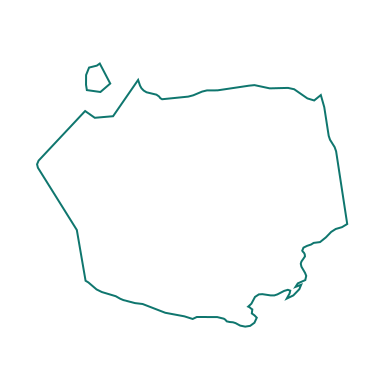 an SVG outline of Isabela, rotated 81°
{"feature_id": "PHL-2550", "entity_name": "Isabela", "entity_type": "Province", "adm_level": 1, "iso_a3": "PHL", "parent_name": "Philippines", "parent_adm1": "", "projection": "orthographic", "projection_center": [122.081, 16.969], "detail": "fine", "context": "isolated", "style": "outline", "palette": "teal", "viewbox_px": 384, "rotation_deg": 81, "n_neighbors": 0, "source": "natural_earth", "source_scale": "10m", "svg_char_len": 1462}
<svg xmlns="http://www.w3.org/2000/svg" viewBox="0 0 384 384"><g transform="rotate(81 192 192)"><path d="M247.9,43.7L250.2,49.4L251.0,55.8L253.2,60.8L257.8,66.9L261.5,73.4L261.3,79.8L262.5,82.6L263.2,86.8L264.4,90.6L267.2,92.3L268.2,91.9L269.4,91.0L271.1,90.4L273.3,90.5L277.8,94.8L279.9,95.8L282.9,95.6L289.6,93.0L292.7,92.3L296.7,93.9L298.8,101.8L301.9,104.6L300.7,98.7L304.8,101.2L310.0,108.1L312.1,115.1L307.5,111.5L304.8,110.4L303.6,112.6L304.1,116.5L306.5,123.7L307.0,126.8L306.4,130.6L303.9,138.5L303.6,142.0L305.5,146.2L311.6,150.8L314.0,154.4L314.8,153.2L316.4,151.9L317.4,150.8L321.3,151.9L323.7,149.5L326.3,147.7L330.9,150.8L333.3,155.5L333.3,160.5L331.5,165.3L328.3,169.5L327.1,171.9L326.3,175.1L325.2,177.9L323.3,179.1L322.1,180.4L319.5,186.6L316.2,206.8L317.5,211.2L313.6,219.0L307.1,237.3L294.9,258.3L292.8,265.7L288.0,276.7L286.2,279.6L283.0,283.6L276.7,296.7L273.3,301.5L265.1,308.5L263.0,311.0L211.5,311.7L143.9,340.4L140.4,340.7L137.0,338.6L95.3,284.9L103.5,276.4L104.8,258.1L72.9,227.7L78.8,226.7L81.6,225.7L84.2,223.9L86.4,221.3L90.3,211.9L92.5,209.6L94.4,208.6L95.7,207.0L97.2,180.8L96.7,175.7L94.4,166.3L94.0,161.4L95.6,150.9L95.9,119.1L96.2,113.6L101.8,99.0L104.2,80.9L106.5,75.0L117.6,63.4L120.7,57.0L116.4,49.6L128.9,48.1L157.9,48.2L162.0,47.5L170.0,44.1L174.4,43.3L247.9,43.7ZM69.5,279.9L59.9,278.3L53.0,274.2L52.3,266.2L50.7,263.0L72.1,255.8L78.9,266.8L74.9,279.9L69.5,279.9Z" fill="none" stroke="#0f766e" stroke-width="2"/></g></svg>